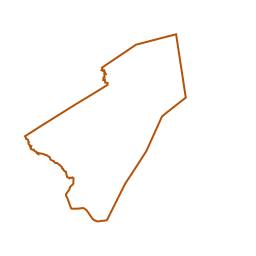 the district of São Gonçalo do Gurguéia, Piauí, Brazil, rotated 326°
{"feature_id": "56859067B20253198394282", "entity_name": "São Gonçalo do Gurguéia", "entity_type": "district", "adm_level": 2, "iso_a3": "BRA", "parent_name": "Brazil", "parent_adm1": "Piauí", "projection": "orthographic", "projection_center": [-45.45, -10.118], "detail": "fine", "context": "isolated", "style": "outline", "palette": "amber", "viewbox_px": 256, "rotation_deg": 326, "n_neighbors": 0, "source": "geoboundaries", "source_scale": "gbopen_adm2", "svg_char_len": 1468}
<svg xmlns="http://www.w3.org/2000/svg" viewBox="0 0 256 256"><g transform="rotate(326 128 128)"><path d="M35.9,163.0L37.6,164.4L39.2,165.4L40.9,166.6L44.9,168.6L46.4,169.6L47.5,172.5L47.7,173.5L47.8,176.9L47.7,178.4L47.9,184.0L48.3,185.2L49.7,187.4L50.7,188.6L54.9,190.6L56.6,191.7L57.8,192.1L59.0,192.6L94.5,172.6L111.4,165.5L117.5,162.9L130.3,157.4L162.7,137.4L170.5,136.7L192.9,135.1L213.9,90.7L220.3,77.2L202.6,70.9L189.7,66.4L181.2,63.4L140.1,63.4L139.9,64.7L138.4,65.2L139.1,66.7L140.4,66.8L139.9,69.4L139.7,70.7L138.7,69.7L137.9,71.4L136.9,72.9L136.1,72.4L134.3,74.4L135.8,75.1L135.2,76.2L134.5,77.6L135.3,78.2L136.3,79.2L135.8,80.0L135.1,80.8L116.0,80.0L97.9,79.1L57.7,77.7L38.0,77.2L38.0,78.6L37.4,79.9L38.0,80.7L38.5,82.0L37.9,83.1L37.9,84.4L37.0,84.8L36.6,86.1L37.0,87.4L36.4,88.5L37.6,89.0L36.6,90.0L35.7,90.9L36.7,92.6L37.8,93.3L37.6,94.9L38.6,96.3L38.3,97.8L39.0,99.4L39.6,98.4L40.7,99.8L41.6,100.4L42.9,101.9L43.7,102.7L44.4,104.1L45.5,105.2L46.2,107.3L46.8,108.4L46.2,109.8L46.4,111.7L47.3,113.0L48.0,114.2L47.9,115.9L48.7,116.7L49.7,117.5L50.0,118.7L50.7,120.4L50.9,121.5L51.1,122.8L51.4,123.8L50.7,124.7L51.4,125.9L51.0,127.0L51.3,128.5L52.1,129.4L51.5,130.9L50.1,134.4L50.9,136.0L51.4,137.1L52.4,136.9L53.2,137.8L54.3,137.9L54.7,139.3L53.4,141.0L52.5,142.2L51.8,143.3L50.7,143.9L48.5,144.2L46.8,144.6L45.8,145.6L44.5,146.4L42.1,147.3L40.1,147.9L39.4,148.7L38.7,149.6L38.6,151.7L35.9,163.0Z" fill="none" stroke="#b45309" stroke-width="2"/></g></svg>